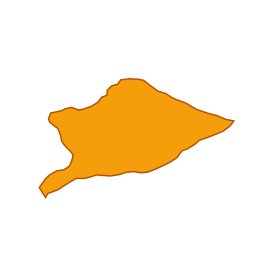 Agios Georgios Ammochostou, Cyprus, rotated 342°
{"feature_id": "46923920B20670764204994", "entity_name": "Agios Georgios Ammochostou", "entity_type": "district", "adm_level": 2, "iso_a3": "CYP", "parent_name": "Cyprus", "parent_adm1": "", "projection": "natural_earth1", "projection_center": [33.864, 35.255], "detail": "fine", "context": "isolated", "style": "filled", "palette": "amber", "viewbox_px": 256, "rotation_deg": 342, "n_neighbors": 0, "source": "geoboundaries", "source_scale": "gbopen_adm2", "svg_char_len": 1015}
<svg xmlns="http://www.w3.org/2000/svg" viewBox="0 0 256 256"><g transform="rotate(342 128 128)"><path d="M59.1,89.9L55.3,94.5L55.3,98.1L58.8,103.7L61.2,106.9L61.6,114.0L60.9,120.0L61.9,123.9L64.0,128.5L65.8,131.7L67.5,136.7L64.7,141.3L60.5,146.2L54.1,147.9L47.0,146.8L38.8,148.4L33.3,151.2L25.2,157.3L28.2,168.6L31.2,165.6L42.6,165.0L48.1,163.4L57.3,161.2L63.3,160.0L71.0,162.5L77.6,162.9L83.6,162.9L88.5,165.0L96.5,168.2L105.2,169.6L112.6,169.6L119.5,171.0L126.5,174.6L132.8,176.0L139.0,175.7L141.5,175.6L149.9,174.6L157.3,173.5L165.3,171.4L172.3,166.4L178.6,166.1L187.3,163.9L191.8,161.8L201.6,161.5L208.6,161.1L217.7,160.4L225.7,157.6L230.8,154.0L223.8,150.1L216.1,143.5L209.0,139.0L198.7,131.3L190.5,121.9L183.9,116.9L179.0,112.5L174.6,106.9L167.6,102.0L161.0,92.6L157.7,87.6L152.8,84.8L144.1,81.5L136.0,80.0L131.4,83.2L125.5,82.9L119.9,85.7L118.1,90.3L112.6,90.6L107.3,94.2L100.0,96.0L92.0,96.3L86.4,95.6L80.8,91.0L74.5,90.3L70.0,91.0L59.1,89.9Z" fill="#f59e0b" stroke="#b45309" stroke-width="1.5"/></g></svg>